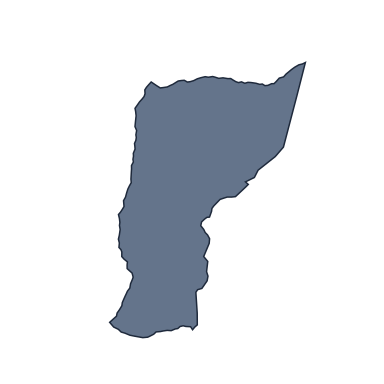 the district of Alto Paraná, Paraná, Brazil, rotated 195°
{"feature_id": "56859067B34813468974748", "entity_name": "Alto Paraná", "entity_type": "district", "adm_level": 2, "iso_a3": "BRA", "parent_name": "Brazil", "parent_adm1": "Paraná", "projection": "robinson", "projection_center": [-52.31, -23.07], "detail": "fine", "context": "isolated", "style": "filled", "palette": "slate", "viewbox_px": 384, "rotation_deg": 195, "n_neighbors": 0, "source": "geoboundaries", "source_scale": "gbopen_adm2", "svg_char_len": 2250}
<svg xmlns="http://www.w3.org/2000/svg" viewBox="0 0 384 384"><g transform="rotate(195 192 192)"><path d="M237.8,44.8L232.7,41.3L227.6,40.3L224.2,38.4L220.3,38.3L214.9,37.6L210.1,37.9L201.8,38.6L197.2,40.3L195.3,41.9L192.2,44.7L190.4,47.6L186.4,49.0L184.1,50.2L180.2,51.9L176.2,52.7L172.7,55.4L170.4,56.4L168.7,59.0L165.9,60.5L163.3,60.5L158.5,61.5L155.8,59.1L154.4,62.2L152.5,65.0L155.6,76.3L162.3,96.1L161.3,99.1L157.5,101.4L154.4,110.1L154.8,114.9L157.3,118.8L158.8,129.0L164.0,132.7L162.1,146.8L162.9,151.4L165.8,154.5L168.8,156.3L170.9,158.8L174.8,161.7L175.0,165.6L172.9,169.0L171.0,171.4L168.6,172.3L168.1,178.4L168.5,181.3L167.3,184.3L163.0,192.1L159.4,194.5L156.7,196.2L152.6,197.3L148.8,198.8L141.3,210.9L139.6,213.9L143.0,215.6L135.5,222.2L133.8,230.2L120.8,247.7L115.3,259.0L115.6,312.8L116.0,346.4L118.4,344.3L121.7,342.5L125.1,339.1L127.6,336.0L131.7,330.2L133.3,326.9L137.2,324.6L139.2,320.6L140.8,317.9L143.2,317.2L146.2,314.7L149.1,313.6L152.0,314.5L154.5,313.5L158.3,313.6L163.4,313.0L166.4,312.4L169.1,310.7L172.7,311.2L175.4,309.7L178.2,309.9L181.4,310.8L183.9,311.6L186.8,310.8L191.6,310.3L195.6,308.7L199.4,308.9L201.9,308.9L205.9,307.1L209.1,306.8L213.0,304.7L216.2,302.7L219.2,300.0L222.3,298.1L224.9,297.0L228.4,297.9L231.2,296.9L234.1,295.6L236.1,293.5L238.3,291.1L240.7,289.2L243.0,287.1L246.9,285.4L249.6,284.3L253.5,285.5L259.9,287.7L261.5,284.6L263.1,281.3L264.0,278.4L262.8,274.8L263.0,271.8L264.4,268.6L266.0,265.5L267.2,262.1L268.7,258.1L267.3,255.2L265.7,251.1L264.9,245.8L264.0,240.4L261.4,237.1L261.0,232.7L259.9,230.2L259.6,227.3L260.1,224.0L259.0,221.3L258.1,218.7L258.7,214.2L257.8,211.5L257.5,208.3L256.4,205.8L257.3,201.9L256.4,198.8L255.6,194.8L254.3,188.6L253.1,185.3L254.0,181.9L254.7,178.3L254.9,174.3L254.9,169.8L255.9,165.9L253.9,160.4L254.8,157.2L255.9,153.9L257.2,151.2L255.3,147.7L253.8,144.0L253.4,140.9L251.7,137.2L251.0,131.2L250.9,127.4L249.0,124.0L248.2,119.5L245.8,118.0L244.3,116.0L243.1,111.4L240.0,109.4L236.3,107.8L235.8,104.7L234.8,101.2L232.1,99.8L228.9,98.2L226.8,94.5L227.0,91.7L227.6,87.5L227.2,83.1L228.7,79.5L229.1,76.9L229.6,74.2L230.2,70.5L230.7,67.1L230.3,64.0L231.6,59.5L233.0,55.7L232.8,52.5L235.1,49.0L237.8,44.8Z" fill="#64748b" stroke="#1e293b" stroke-width="1.5"/></g></svg>